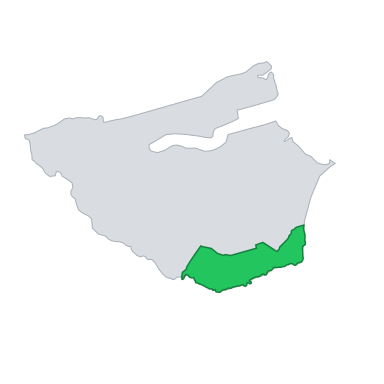 where Saint-Louis sits in Senegal, rotated 164°
{"feature_id": "SEN-5517", "entity_name": "Saint-Louis", "entity_type": "Region", "adm_level": 1, "iso_a3": "SEN", "parent_name": "Senegal", "parent_adm1": "", "projection": "albers", "projection_center": [-15.156, 16.165], "detail": "fine", "context": "in_parent", "style": "filled", "palette": "green", "viewbox_px": 384, "rotation_deg": 164, "n_neighbors": 0, "source": "natural_earth", "source_scale": "10m", "svg_char_len": 5909}
<svg xmlns="http://www.w3.org/2000/svg" viewBox="0 0 384 384"><g transform="rotate(164 192 192)"><path d="M293.3,177.1L297.8,184.8L296.9,188.6L296.0,194.0L298.5,198.0L301.5,200.5L303.6,202.9L306.0,206.1L306.5,212.7L306.1,217.4L307.7,219.5L309.0,222.2L308.8,224.4L308.0,226.4L305.2,229.1L304.8,234.0L309.5,239.8L312.5,243.0L312.5,244.9L313.3,246.9L315.5,249.2L316.9,248.6L318.3,246.7L319.0,245.3L322.9,245.9L324.8,246.4L327.4,250.3L328.4,252.8L329.1,256.0L331.8,260.0L334.1,262.8L334.6,264.6L336.8,267.0L335.6,272.3L335.8,275.1L334.5,282.3L334.2,285.6L334.3,286.9L337.5,289.4L337.3,293.0L334.1,292.4L328.5,292.1L317.4,294.2L313.6,293.5L306.2,293.9L301.1,295.0L294.5,297.4L289.3,296.9L286.5,295.1L282.9,295.3L278.8,294.3L274.4,292.6L270.3,291.7L266.0,288.5L264.0,287.9L262.5,288.8L261.4,289.9L260.1,290.6L257.8,290.0L256.9,287.8L257.6,285.6L257.8,283.9L256.7,283.1L254.0,282.8L249.8,282.8L242.9,282.2L241.3,281.8L226.0,281.4L210.0,281.4L196.5,281.4L179.5,281.4L167.5,281.4L156.3,281.3L147.7,285.7L138.4,290.5L125.8,293.0L111.3,292.0L106.7,292.6L101.9,294.7L98.3,296.3L93.3,297.2L86.9,296.3L84.3,296.8L82.7,294.6L80.9,291.1L82.0,288.5L86.0,286.9L91.9,284.7L95.0,285.9L96.8,285.9L97.1,284.5L96.6,283.8L92.1,281.9L89.8,279.4L87.9,280.8L86.2,283.9L84.9,284.8L82.8,285.6L81.7,283.5L81.2,281.5L82.2,279.9L81.8,271.1L82.3,266.5L82.1,262.4L84.9,259.7L87.6,258.1L97.9,258.0L107.5,257.9L116.7,258.0L126.1,258.2L127.1,250.0L130.1,249.3L134.5,248.5L142.8,247.5L152.1,246.6L154.1,245.0L155.6,242.3L156.6,239.8L158.5,238.8L161.1,239.6L164.5,240.9L168.0,242.9L172.0,244.7L174.7,245.8L181.2,248.7L192.2,252.7L201.3,254.3L212.2,251.3L220.2,249.3L221.1,245.8L219.9,242.4L214.0,239.3L205.9,239.7L203.5,240.5L199.8,241.6L197.5,242.0L193.7,241.3L188.9,238.6L185.9,235.9L181.7,234.6L176.7,233.3L168.6,227.7L164.5,226.7L160.5,226.4L152.9,227.5L145.5,230.5L141.5,237.3L134.1,237.2L118.3,237.0L103.8,236.7L91.8,237.1L90.6,232.1L87.8,228.1L83.2,224.7L82.2,221.6L83.8,218.9L88.3,216.7L89.3,215.1L87.0,215.3L83.5,216.7L81.1,216.8L80.9,212.4L77.0,206.8L72.7,197.3L67.8,193.4L63.7,185.7L59.4,182.7L55.4,181.3L51.9,181.6L50.7,185.0L46.5,180.0L52.3,178.2L64.8,172.1L79.2,154.1L92.1,132.8L93.8,127.8L95.4,124.0L96.5,115.2L98.3,110.0L100.0,109.1L102.2,105.1L104.9,98.1L107.8,94.2L111.1,93.5L113.7,93.8L115.5,95.3L120.9,96.2L129.7,96.6L136.6,95.5L141.5,93.1L147.8,91.9L155.7,91.9L159.9,90.8L160.3,88.8L161.3,88.2L162.9,89.0L164.5,88.7L165.9,87.3L167.4,87.2L168.8,88.4L175.4,88.8L187.2,88.3L198.1,91.9L208.1,99.7L213.3,104.9L213.6,107.5L215.3,110.1L218.3,112.8L221.1,113.3L223.5,111.6L225.5,111.7L226.9,113.8L229.7,114.2L232.9,112.9L235.2,113.3L235.6,114.5L236.1,115.1L237.7,115.4L239.8,116.9L242.7,121.1L245.1,126.9L247.0,134.3L249.4,138.3L252.4,139.0L254.2,140.5L254.6,142.3L255.4,143.4L256.9,144.1L259.4,143.7L262.4,146.2L265.7,151.6L266.2,154.1L265.7,155.4L265.9,156.3L268.0,157.2L270.1,159.0L271.8,161.7L275.3,164.0L280.8,166.1L284.8,169.1L287.2,173.3L292.3,176.7L293.3,177.1Z" fill="#d9dde1" stroke="#a8b0b8" stroke-width="1"/><path d="M167.9,87.6L168.2,88.3L168.7,88.9L169.6,89.0L171.0,88.7L178.9,89.3L179.5,89.2L181.1,88.8L181.5,88.8L181.9,88.9L183.2,89.5L183.7,89.6L184.3,89.6L186.2,89.0L186.7,89.0L188.6,89.4L189.1,89.4L189.6,89.3L190.1,89.2L190.5,89.0L191.8,88.2L192.2,88.1L193.1,88.0L196.1,89.2L196.4,89.4L196.6,89.8L196.6,90.3L196.4,91.2L196.4,91.6L196.9,91.8L198.7,91.6L199.1,91.8L199.3,92.2L199.3,93.1L199.6,93.5L200.1,93.7L201.2,93.8L201.7,93.9L202.1,94.1L202.9,95.1L203.2,95.4L204.3,96.2L205.9,98.1L208.7,100.6L210.3,101.5L210.6,101.8L211.4,102.7L211.8,103.0L212.7,103.4L213.2,103.6L213.4,103.9L213.5,104.3L213.2,105.0L213.1,105.4L213.2,105.7L213.7,106.3L213.9,106.8L213.9,107.2L213.7,108.1L213.8,108.8L214.6,109.3L216.5,109.8L216.8,110.0L217.6,110.6L217.9,110.9L218.1,111.3L218.5,112.6L218.8,113.1L219.0,113.5L219.4,113.8L219.8,114.1L220.2,114.2L220.6,114.2L221.0,114.0L221.7,113.6L222.5,113.0L222.8,112.6L223.6,111.4L224.0,111.1L224.4,110.8L224.8,110.7L225.2,110.7L225.7,110.8L225.6,111.4L225.3,112.2L225.1,112.8L225.3,113.3L223.3,117.4L218.6,119.4L217.9,121.2L212.7,126.0L205.3,132.2L198.4,137.7L196.5,136.3L192.9,134.5L189.0,132.4L187.0,129.6L184.6,126.1L179.3,122.4L176.9,122.6L173.1,120.6L172.3,120.3L145.6,120.2L145.3,123.5L137.9,124.0L137.4,123.6L127.9,112.6L126.9,111.7L126.3,111.3L126.0,111.6L125.8,111.8L125.1,112.4L124.2,112.8L124.0,113.0L123.8,113.2L123.6,113.6L123.1,114.5L122.8,114.9L122.5,115.1L113.7,120.0L113.4,120.2L111.8,121.5L111.5,121.9L111.4,122.1L111.2,122.3L111.1,122.8L111.0,123.1L110.7,123.2L108.7,124.3L108.3,124.7L107.9,125.3L107.3,126.9L107.1,127.2L106.8,127.6L106.1,127.7L105.4,127.7L104.6,127.8L103.9,128.1L102.9,128.8L102.0,129.1L101.2,129.3L93.6,129.4L93.5,129.2L94.5,127.4L95.0,124.7L95.2,119.5L95.4,118.9L96.1,116.8L96.9,114.8L97.1,111.5L97.5,110.5L98.2,110.0L99.9,109.6L100.6,109.1L100.9,108.6L101.1,108.0L103.1,99.8L103.3,97.9L103.7,97.0L104.3,96.1L105.2,95.2L106.2,94.6L107.3,94.4L108.8,94.7L109.3,94.7L109.9,94.7L110.3,94.4L111.7,93.5L112.2,93.2L112.8,93.1L113.4,93.2L113.8,93.5L114.2,93.9L114.7,94.7L115.5,95.5L116.4,96.0L117.5,96.1L118.6,96.0L118.9,95.7L119.3,95.6L119.6,95.5L120.0,95.6L120.6,95.9L120.9,95.9L121.2,95.8L123.1,95.0L123.7,94.9L125.4,95.3L125.8,95.3L126.9,95.1L127.7,95.2L129.8,95.9L131.3,96.0L131.7,96.1L132.8,96.6L133.5,96.8L134.2,96.8L134.9,96.5L135.5,96.1L136.6,95.2L137.1,94.8L137.8,94.7L139.8,95.1L140.5,95.1L141.1,94.8L141.5,94.4L142.7,92.7L143.2,92.2L143.9,91.9L144.6,92.0L145.1,92.3L145.3,92.8L145.6,93.3L146.2,93.5L146.9,93.5L147.6,93.4L149.5,92.5L150.2,92.4L151.7,92.3L153.9,92.7L154.7,92.7L159.7,91.9L160.7,91.5L161.0,91.3L161.2,91.0L161.2,90.7L161.0,90.3L160.3,89.6L160.0,89.0L160.1,88.3L160.5,87.8L161.2,87.7L161.8,87.9L162.3,88.3L162.6,88.9L163.1,89.4L163.4,89.5L163.8,89.4L164.1,89.3L164.4,89.1L164.6,88.8L164.7,88.5L164.9,87.8L165.2,87.3L165.7,87.0L166.7,86.6L167.2,86.9L167.8,87.5L167.9,87.6Z" fill="#22c55e" stroke="#15803d" stroke-width="1.5"/></g></svg>